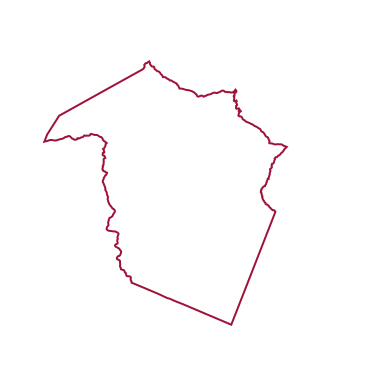 outline of Rondon do Pará, Pará, Brazil, rotated 61°
{"feature_id": "56859067B15307403592374", "entity_name": "Rondon do Pará", "entity_type": "district", "adm_level": 2, "iso_a3": "BRA", "parent_name": "Brazil", "parent_adm1": "Pará", "projection": "albers", "projection_center": [-48.579, -4.482], "detail": "fine", "context": "isolated", "style": "outline", "palette": "rose", "viewbox_px": 384, "rotation_deg": 61, "n_neighbors": 0, "source": "geoboundaries", "source_scale": "gbopen_adm2", "svg_char_len": 6009}
<svg xmlns="http://www.w3.org/2000/svg" viewBox="0 0 384 384"><g transform="rotate(61 192 192)"><path d="M242.0,288.8L260.5,274.2L265.0,270.7L265.8,270.1L272.9,265.0L274.3,263.4L280.2,258.9L285.5,254.5L305.5,238.9L327.1,222.0L320.0,213.4L305.7,196.1L249.7,128.6L248.9,128.8L248.0,128.8L247.5,129.4L247.2,130.1L246.6,130.4L244.9,131.0L244.1,131.1L243.4,131.4L242.5,131.6L241.8,131.5L241.1,131.8L240.4,131.9L239.8,132.3L239.2,132.5L238.8,133.1L238.0,133.4L237.3,133.0L236.5,133.3L235.8,133.5L235.2,133.4L232.6,133.6L231.1,133.1L230.5,133.2L230.0,132.5L229.3,132.4L228.5,132.5L227.1,131.8L226.4,131.7L225.9,132.0L225.3,131.8L224.7,131.2L224.0,130.9L223.9,130.2L223.2,129.9L223.0,129.1L222.2,127.9L222.1,127.1L221.9,126.2L222.2,125.3L221.6,124.9L221.5,124.2L220.6,123.0L220.0,122.5L219.6,121.9L219.0,121.6L218.7,120.9L217.1,119.3L217.6,118.7L217.0,118.4L216.6,117.8L216.1,117.3L215.5,116.9L214.6,115.7L214.0,115.2L213.2,115.0L212.8,114.4L212.3,114.0L211.8,113.3L211.0,112.9L210.3,113.0L209.8,112.5L209.6,111.2L209.2,110.3L208.7,109.9L207.9,109.9L207.5,109.4L206.9,109.1L206.3,108.7L206.1,108.1L206.5,107.5L206.4,106.8L205.0,105.2L204.4,104.7L203.5,103.5L202.8,103.5L202.6,102.8L202.2,102.1L202.7,100.8L202.1,99.4L202.1,97.2L201.7,96.2L201.3,95.4L201.1,94.6L201.1,93.9L200.2,91.8L199.4,90.6L199.2,89.7L198.9,89.0L198.8,88.3L198.5,87.3L197.2,88.3L196.3,89.1L195.4,89.7L194.4,90.1L193.6,90.8L193.1,91.7L192.6,92.6L192.1,93.2L191.6,94.0L190.9,96.0L190.2,96.8L188.2,98.6L187.5,99.8L186.8,100.7L186.0,100.4L185.2,99.5L183.4,99.5L182.1,99.2L181.0,99.2L179.5,100.2L178.5,100.5L176.1,100.4L174.6,100.8L173.7,101.1L173.2,101.6L172.2,102.0L170.2,101.8L166.1,104.1L164.2,105.5L162.2,106.3L161.1,107.3L159.2,108.5L157.4,110.0L156.6,110.7L154.9,111.2L153.8,111.9L152.5,112.3L151.0,112.1L150.1,112.3L149.3,113.0L148.9,113.9L147.6,114.4L146.6,113.3L145.9,113.0L145.2,111.9L145.1,110.2L144.2,110.1L143.6,111.6L142.3,110.4L141.5,110.5L140.8,112.7L140.1,112.9L139.3,112.4L138.7,112.1L138.1,111.6L137.8,110.4L137.0,110.1L135.8,110.2L134.6,109.5L134.2,108.8L133.5,108.9L133.6,110.0L133.4,110.7L132.7,111.1L131.9,110.9L131.5,110.4L130.7,109.6L129.8,109.3L128.9,109.3L128.2,108.8L128.4,108.2L127.3,107.5L126.4,107.3L125.9,106.7L126.3,105.6L126.0,104.9L125.3,104.2L124.5,104.3L123.6,104.4L124.0,105.5L124.5,106.3L124.5,108.4L123.8,109.9L122.7,110.9L122.3,111.8L121.7,112.9L121.2,113.3L120.4,114.6L119.2,115.0L118.6,115.4L118.1,116.1L117.9,116.9L118.0,119.0L117.6,122.2L117.0,123.0L116.4,123.6L115.8,124.4L115.6,125.2L115.5,126.0L115.5,128.0L115.2,129.3L114.6,131.0L114.6,132.2L114.6,133.1L114.3,134.0L114.4,135.2L114.0,135.8L113.3,136.0L112.7,136.4L112.2,137.2L112.0,137.9L111.8,140.1L111.3,140.6L110.6,141.0L109.0,140.8L107.0,141.6L106.3,141.8L105.5,142.0L105.0,142.5L104.0,143.1L102.8,144.1L102.4,144.6L101.3,145.6L100.6,146.6L100.0,147.5L99.0,148.4L98.6,148.9L97.3,150.0L96.0,151.8L95.4,152.8L93.6,152.6L92.0,152.5L90.9,153.0L89.6,152.9L88.1,153.9L86.6,154.9L84.2,156.2L83.8,157.2L81.8,157.9L81.1,158.6L78.8,159.6L78.2,160.3L77.5,161.7L75.7,161.6L74.8,161.7L73.8,162.1L71.7,162.2L70.5,162.7L70.0,163.2L69.5,163.8L67.6,164.5L66.6,165.0L65.8,165.1L64.7,164.5L63.7,164.7L63.1,165.9L62.5,166.4L61.0,166.6L60.3,166.7L59.6,166.6L58.7,166.2L57.8,166.2L57.0,166.1L57.0,167.3L57.3,168.1L57.4,168.9L56.9,170.3L57.8,172.2L59.4,172.6L59.8,173.2L60.6,174.7L60.8,175.6L60.8,196.2L60.8,215.0L60.9,271.2L71.5,290.8L76.4,296.7L76.6,295.7L77.2,294.2L77.5,291.8L77.7,291.0L78.2,289.9L80.7,286.7L81.0,285.8L81.4,284.4L81.6,282.8L81.8,281.9L82.4,280.4L82.5,279.6L82.7,278.8L82.6,277.2L82.5,276.4L82.7,275.4L83.1,274.5L83.2,272.7L83.9,271.9L84.6,271.6L87.0,271.0L87.6,270.5L89.0,269.6L89.6,269.1L89.9,268.3L90.1,266.8L89.5,266.3L89.6,265.6L90.3,265.2L90.5,264.5L90.5,263.0L91.0,260.6L90.7,259.8L90.3,259.2L90.6,258.5L91.2,257.9L91.4,257.1L92.3,255.8L92.9,254.3L92.7,253.4L92.2,252.9L92.2,252.2L95.1,249.2L95.5,248.3L96.1,247.5L96.7,247.0L97.4,246.6L98.2,246.3L98.9,245.9L99.5,245.4L99.9,244.8L100.7,244.5L101.6,244.4L103.3,244.6L104.1,244.4L104.9,244.2L106.3,243.3L107.1,243.3L107.8,242.9L108.2,244.4L108.9,244.7L110.2,245.9L110.4,246.7L111.0,247.4L111.3,248.1L111.3,249.0L112.3,248.8L113.2,249.0L113.8,249.4L114.6,249.3L115.0,249.9L114.7,251.1L115.7,251.9L116.5,252.2L117.2,251.8L117.7,251.2L118.5,251.1L120.2,251.3L120.2,252.9L120.6,253.4L121.1,253.9L121.8,254.0L123.2,254.8L123.8,255.3L125.4,256.2L125.6,257.1L126.2,257.6L126.9,257.7L127.4,258.3L128.0,258.8L128.6,259.3L129.4,259.1L130.0,259.5L130.7,259.2L131.3,258.8L131.9,258.2L133.3,257.6L134.0,257.0L134.6,257.6L135.5,259.0L135.5,259.9L135.9,260.6L136.4,261.2L136.8,262.1L138.0,263.2L138.4,263.9L139.0,264.6L139.6,265.0L140.6,265.2L141.5,265.2L142.8,265.4L143.6,265.4L145.2,265.7L146.7,265.9L148.0,266.8L150.7,266.8L153.6,267.7L155.4,267.8L156.1,268.2L156.7,268.8L157.4,269.3L159.2,269.7L159.9,270.0L160.8,270.0L162.3,270.2L163.2,270.2L165.7,269.7L167.3,269.6L168.2,269.3L169.6,268.5L170.4,268.5L171.2,268.7L171.9,269.0L172.7,270.5L173.1,271.1L173.3,271.8L174.3,272.9L174.6,273.6L174.8,275.0L174.8,275.7L174.7,276.3L174.8,277.0L175.6,277.9L176.6,278.7L177.6,279.8L178.2,280.3L179.1,280.5L180.5,281.1L181.3,282.8L181.6,283.4L182.8,284.6L183.5,284.7L184.1,284.4L184.8,284.1L185.4,283.7L188.4,279.8L188.8,278.9L189.9,277.8L191.6,276.7L192.3,276.5L193.1,276.6L193.6,277.0L194.0,277.7L195.0,278.9L195.6,279.2L196.2,279.4L196.9,279.5L197.4,280.2L197.9,280.7L198.6,281.1L200.3,281.6L200.9,282.0L200.9,284.5L201.3,285.2L202.1,285.4L202.9,285.2L204.6,284.1L206.1,283.2L207.7,283.0L209.6,282.8L210.5,283.4L211.1,283.9L212.1,285.1L212.7,286.4L212.4,287.2L212.3,287.8L212.5,288.6L213.3,289.8L214.1,290.1L215.0,289.7L215.6,289.1L216.2,288.8L217.1,288.4L217.8,288.5L218.3,289.0L220.2,289.7L222.2,291.1L223.6,291.0L225.0,291.6L225.7,291.2L226.6,290.2L227.3,289.5L228.4,289.4L229.2,289.6L229.8,289.7L230.4,289.2L233.1,289.8L234.0,289.7L234.5,289.1L235.4,287.7L235.8,287.2L236.4,286.9L237.3,287.0L239.0,288.3L239.7,288.2L240.5,288.4L241.3,288.3L242.0,288.8Z" fill="none" stroke="#9f1239" stroke-width="2"/></g></svg>